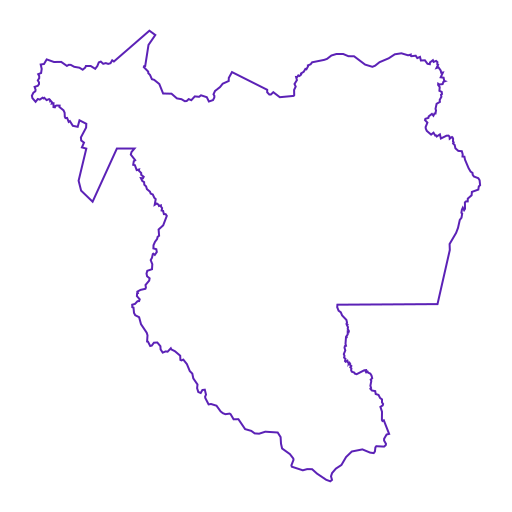 the district of Zimba, Southern, Zambia
{"feature_id": "96606910B98197380388075", "entity_name": "Zimba", "entity_type": "district", "adm_level": 2, "iso_a3": "ZMB", "parent_name": "Zambia", "parent_adm1": "Southern", "projection": "equal_earth", "projection_center": [26.486, -17.666], "detail": "fine", "context": "isolated", "style": "outline", "palette": "violet", "viewbox_px": 512, "rotation_deg": 0, "n_neighbors": 0, "source": "geoboundaries", "source_scale": "gbopen_adm2", "svg_char_len": 5899}
<svg xmlns="http://www.w3.org/2000/svg" viewBox="0 0 512 512"><path d="M442.9,72.5L441.2,72.7L440.7,70.5L438.5,67.4L436.5,68.0L438.1,64.8L437.3,64.2L437.4,62.1L436.1,60.9L433.6,61.9L432.9,60.2L430.0,62.4L429.8,64.2L427.5,63.8L424.9,60.3L420.9,60.5L420.0,56.9L417.3,58.1L415.7,55.7L411.3,56.2L410.6,55.6L410.7,54.6L408.1,55.3L401.4,53.3L394.8,54.3L388.7,58.3L379.5,62.2L375.1,65.7L372.4,66.8L365.1,64.6L354.1,56.3L348.4,56.2L343.2,54.0L336.4,54.0L331.4,55.5L327.0,58.9L324.1,59.9L312.1,62.3L310.6,64.3L307.9,65.4L308.1,66.2L306.4,69.3L305.4,68.9L303.7,71.8L301.0,73.5L301.2,74.4L300.5,75.2L299.3,76.0L298.3,75.4L297.1,77.1L296.1,77.0L296.9,80.1L294.5,84.0L295.7,86.6L294.1,89.9L294.2,95.2L293.6,95.9L279.8,97.2L273.3,92.2L270.9,94.5L269.3,94.5L267.2,92.3L267.2,89.8L232.0,72.1L228.8,77.9L228.7,81.0L222.7,83.7L220.1,87.0L215.0,91.0L213.5,94.3L214.4,95.9L214.3,97.6L213.0,100.1L208.9,101.5L206.8,97.2L201.0,95.3L199.1,96.8L194.8,96.4L191.3,100.2L188.7,99.1L186.7,101.0L184.8,101.2L181.5,99.2L176.9,98.4L171.5,93.7L163.1,93.5L159.3,84.0L154.1,79.8L151.9,79.2L150.0,74.9L148.3,73.2L148.2,71.6L143.8,67.1L144.2,66.1L145.2,66.0L148.5,44.9L155.3,35.0L149.4,30.7L113.9,61.5L112.2,60.3L110.5,63.2L108.2,63.9L105.8,63.1L103.2,63.8L100.8,61.6L98.8,62.4L97.3,66.1L95.2,68.8L90.7,66.0L85.9,66.0L85.2,67.6L82.7,69.7L79.4,67.7L74.2,66.8L70.8,64.9L68.8,64.8L66.9,65.9L61.2,61.9L54.0,62.0L46.7,59.4L44.0,64.0L40.7,64.5L41.7,68.9L41.1,73.0L38.2,74.2L39.2,76.0L39.2,78.2L37.8,80.4L39.0,82.4L39.0,84.1L37.8,85.8L34.6,86.9L35.6,89.8L35.3,91.3L33.4,92.7L31.9,95.7L32.4,98.1L35.6,101.8L37.8,99.0L39.8,99.6L42.6,97.7L43.5,98.4L44.3,97.8L46.6,100.1L49.1,99.1L50.0,99.8L50.2,101.3L50.9,101.0L52.2,102.5L51.8,103.6L53.5,103.3L53.5,107.1L54.9,107.3L55.5,105.9L56.8,105.5L59.6,105.6L59.4,107.0L63.5,110.3L64.6,112.7L64.8,116.8L65.5,118.1L67.1,117.9L68.7,121.9L69.9,121.1L72.8,125.8L77.7,126.8L79.5,120.3L86.3,123.8L86.1,127.6L80.9,137.4L81.2,140.5L84.0,142.6L81.9,147.4L86.3,148.6L78.6,180.7L81.1,190.6L92.6,201.7L116.9,148.5L134.5,148.5L131.5,152.0L130.8,154.6L135.2,160.2L133.8,161.2L133.2,164.8L134.9,165.2L136.7,170.1L139.0,169.5L138.7,170.5L141.2,173.0L141.2,174.8L143.7,176.8L142.9,178.3L140.9,178.1L142.3,181.0L144.1,182.1L144.3,184.7L146.1,186.4L146.9,189.1L149.9,191.6L150.7,193.6L152.8,194.5L154.3,197.8L155.7,199.1L154.7,204.8L156.8,203.5L158.5,204.7L159.0,206.0L160.9,205.4L160.9,206.5L162.1,208.1L161.6,210.5L163.1,210.9L163.9,214.1L165.6,214.1L166.8,215.9L163.2,225.3L158.6,229.5L159.1,235.7L157.6,236.9L157.1,239.0L155.0,241.8L153.5,245.2L153.4,248.4L156.3,249.2L156.8,252.0L154.8,254.9L153.3,253.7L152.8,254.1L152.0,257.7L150.7,260.1L152.3,264.2L152.0,269.2L147.3,270.8L146.5,273.6L147.1,276.3L149.6,278.3L149.2,280.6L145.5,285.0L145.9,287.5L145.4,288.8L140.5,289.9L137.4,291.6L137.9,293.1L137.1,293.3L136.9,296.1L139.7,299.3L139.1,301.1L137.5,301.2L135.0,303.9L132.2,304.7L132.3,307.2L133.5,307.6L134.0,312.9L135.2,315.2L139.1,317.2L141.0,324.2L146.7,332.7L147.5,335.3L147.1,341.5L148.0,341.7L150.2,346.0L151.8,345.6L153.9,342.7L157.3,342.5L160.4,346.2L160.6,349.4L162.7,352.6L165.7,351.4L167.6,351.7L170.8,348.3L171.3,349.4L174.9,351.2L180.2,355.7L180.4,359.9L181.5,360.4L183.3,359.6L186.9,364.1L189.8,371.1L192.3,373.6L193.3,378.4L197.5,384.5L197.1,388.2L198.3,392.0L200.7,393.0L202.4,390.0L204.8,389.7L206.0,394.6L205.1,396.7L205.3,398.0L208.6,404.4L211.0,404.0L216.5,405.7L220.6,411.4L222.9,413.2L225.4,414.2L229.6,413.6L230.6,414.2L233.6,419.3L238.4,419.2L245.1,429.1L251.3,430.9L254.7,433.4L259.1,433.7L265.3,431.7L277.7,432.5L280.6,437.1L281.0,443.7L282.1,448.5L289.9,454.1L293.3,458.5L293.5,459.9L291.4,465.3L291.8,466.7L302.8,470.3L307.2,469.1L312.1,469.2L317.0,473.6L326.2,479.8L330.3,481.3L332.0,479.9L331.0,476.3L332.1,473.0L335.9,468.6L341.4,465.0L346.1,457.0L351.8,451.5L362.4,449.4L370.1,452.6L373.7,453.1L374.9,451.5L375.4,447.4L376.3,446.2L384.1,446.6L385.7,445.2L386.0,443.9L384.1,440.6L384.1,438.8L386.6,434.5L389.1,433.9L383.8,420.3L382.5,421.0L381.9,420.0L382.0,411.7L380.4,406.9L382.7,405.4L383.1,404.0L382.0,402.4L382.0,399.4L380.1,398.0L378.5,394.9L375.7,394.0L375.2,391.1L371.9,390.5L370.4,388.8L371.1,388.1L370.4,385.7L371.3,380.9L370.7,379.7L372.2,378.2L371.5,375.5L370.3,373.6L368.2,372.7L367.1,370.7L367.1,371.9L366.2,372.4L365.6,371.3L365.9,370.1L364.2,370.3L356.6,374.2L354.8,373.6L354.3,372.6L351.8,371.7L351.1,370.1L351.4,368.4L350.3,367.2L351.3,366.0L349.3,364.1L350.0,363.6L349.5,362.8L348.7,363.8L348.8,362.9L348.0,362.5L347.4,360.7L345.7,361.8L345.0,361.1L345.5,358.9L344.1,357.6L344.5,355.9L343.8,354.1L345.3,350.4L344.5,347.7L344.9,346.1L346.0,345.8L345.5,343.8L346.0,337.1L346.7,337.1L346.6,335.9L347.7,334.5L347.7,331.7L348.6,332.1L348.9,331.1L347.7,328.9L348.0,327.2L346.9,325.0L347.4,324.5L346.5,323.8L347.0,322.5L346.4,319.9L342.1,315.4L340.8,312.3L338.6,310.7L337.2,307.2L337.4,304.7L437.5,304.1L449.8,250.0L449.6,244.0L456.1,232.9L458.0,227.9L459.8,219.9L461.5,217.7L462.2,213.6L461.4,212.8L461.9,209.7L462.8,207.7L464.1,210.2L465.0,208.8L464.9,202.4L466.0,201.4L467.7,201.4L467.8,198.6L471.6,195.3L471.9,191.9L478.3,189.6L478.8,186.4L480.1,185.2L479.6,180.3L478.3,178.2L473.9,176.5L472.7,174.8L472.5,172.9L470.6,171.6L468.6,168.2L465.0,159.7L464.4,156.7L462.5,156.5L462.7,154.3L461.8,151.2L458.3,150.9L455.4,148.3L454.7,145.0L453.1,143.5L453.7,142.3L453.0,141.6L453.1,138.7L452.5,137.4L452.0,137.0L449.7,138.7L449.5,136.6L448.5,135.6L446.5,135.7L440.9,138.5L439.9,134.4L436.7,136.5L435.9,135.3L435.2,135.5L433.5,132.7L431.1,134.6L426.8,130.9L425.8,128.7L425.6,127.1L427.4,122.6L425.0,120.1L425.4,118.8L428.4,117.9L428.7,116.4L431.9,113.9L433.4,115.7L434.5,113.5L435.5,113.5L436.0,110.3L435.5,108.9L436.6,103.8L439.9,101.9L439.7,99.9L441.4,96.8L441.0,94.8L442.0,94.0L441.7,91.9L439.4,90.8L439.7,87.1L438.1,84.9L438.2,83.7L439.5,84.5L442.6,84.1L443.4,81.8L445.0,81.2L444.2,80.9L443.6,77.7L440.7,77.3L442.9,72.5Z" fill="none" stroke="#5b21b6" stroke-width="2"/></svg>